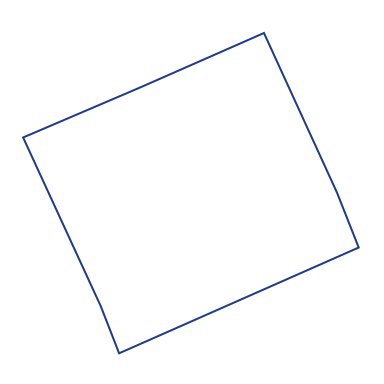 outline of Missaukee, Michigan, United States of America, rotated 156°
{"feature_id": "52423323B75954483528672", "entity_name": "Missaukee", "entity_type": "district", "adm_level": 2, "iso_a3": "USA", "parent_name": "United States of America", "parent_adm1": "Michigan", "projection": "robinson", "projection_center": [-85.123, 44.337], "detail": "fine", "context": "isolated", "style": "outline", "palette": "blue", "viewbox_px": 384, "rotation_deg": 156, "n_neighbors": 0, "source": "geoboundaries", "source_scale": "gbopen_adm2", "svg_char_len": 256}
<svg xmlns="http://www.w3.org/2000/svg" viewBox="0 0 384 384"><g transform="rotate(156 192 192)"><path d="M61.6,308.0L196.0,308.6L324.1,310.5L321.8,124.6L324.2,74.3L62.3,73.5L59.8,132.2L61.6,308.0Z" fill="none" stroke="#1e3a8a" stroke-width="2"/></g></svg>